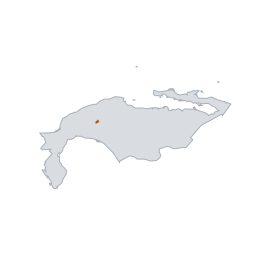 location of Jocotitlán, México, Mexico, rotated 131°
{"feature_id": "50627088B17395030274981", "entity_name": "Jocotitlán", "entity_type": "district", "adm_level": 2, "iso_a3": "MEX", "parent_name": "Mexico", "parent_adm1": "México", "projection": "robinson", "projection_center": [-99.823, 19.716], "detail": "fine", "context": "in_parent", "style": "filled", "palette": "amber", "viewbox_px": 256, "rotation_deg": 131, "n_neighbors": 0, "source": "geoboundaries", "source_scale": "gbopen_adm2", "svg_char_len": 4080}
<svg xmlns="http://www.w3.org/2000/svg" viewBox="0 0 256 256"><g transform="rotate(131 128 128)"><path d="M42.4,66.1L56.5,64.8L55.8,66.2L77.7,74.5L94.3,74.4L94.4,71.3L104.7,71.4L106.4,73.6L113.6,79.6L115.2,84.7L116.5,86.7L123.2,90.6L125.4,89.1L127.1,85.4L129.1,84.6L134.0,85.2L138.1,89.4L140.8,95.3L145.4,100.7L145.7,104.2L147.8,108.4L158.2,112.4L159.5,111.8L156.5,122.7L155.5,135.8L155.9,138.6L158.7,142.4L158.1,144.4L158.2,142.4L156.0,139.2L156.7,142.1L159.5,148.3L163.9,154.2L164.9,157.8L168.0,161.6L167.2,161.5L168.9,162.4L168.4,161.8L171.6,162.3L174.0,163.6L176.0,166.0L181.5,164.2L185.5,163.9L188.2,162.5L191.0,162.2L191.6,162.7L191.4,163.5L193.7,164.0L195.3,162.8L194.8,160.9L194.1,161.4L194.3,161.0L198.4,157.8L198.7,155.1L199.9,153.6L199.9,149.4L200.6,146.2L203.8,144.4L209.4,143.4L211.9,142.3L214.7,142.1L219.2,143.2L219.6,142.5L218.4,142.5L220.0,142.0L221.8,143.4L222.2,145.3L221.3,147.8L218.4,151.6L218.3,154.2L216.9,155.8L217.1,156.4L218.4,156.2L217.1,157.8L217.1,158.4L218.0,158.2L216.3,164.7L215.8,165.3L214.9,163.8L214.6,161.4L213.3,163.9L211.9,164.1L210.3,167.4L208.3,167.4L208.1,168.5L197.1,168.4L197.1,172.4L194.6,172.3L200.7,178.4L200.5,180.6L192.7,180.6L189.9,186.1L190.7,187.5L189.7,191.2L184.0,184.9L179.4,180.7L176.6,179.1L176.3,179.5L178.9,181.0L174.9,179.7L175.2,178.7L174.1,179.1L173.4,178.2L172.7,179.2L174.1,179.6L172.0,179.9L170.0,181.3L163.7,183.5L159.6,181.7L156.1,181.3L153.8,179.7L151.5,179.0L150.0,177.4L144.4,176.1L137.3,172.7L132.8,169.6L130.9,167.5L126.1,166.7L121.7,164.9L118.8,161.4L112.6,158.1L109.4,153.4L108.3,150.6L110.8,149.2L110.4,148.0L109.3,147.6L110.9,145.5L111.1,142.9L109.8,142.0L108.5,139.4L108.6,137.1L107.7,135.0L104.1,131.0L100.9,126.3L96.0,122.1L97.4,122.9L97.5,122.0L94.9,121.2L93.0,117.9L94.4,118.0L90.6,115.8L90.0,114.7L88.6,115.1L88.4,114.6L89.5,113.4L87.6,114.3L86.5,113.4L86.3,111.3L87.7,109.4L88.2,109.8L87.3,107.8L86.1,106.6L84.4,106.6L83.4,104.0L81.4,103.4L80.2,102.3L79.5,100.0L80.0,98.5L76.5,97.8L70.6,90.5L70.3,88.8L69.4,88.2L65.7,79.2L65.4,76.4L65.9,75.5L62.5,74.3L61.8,72.8L60.7,72.3L59.5,73.2L55.0,70.5L55.8,72.2L55.1,75.6L56.0,78.4L56.7,83.5L61.2,88.1L62.6,91.2L63.3,91.0L63.7,91.9L64.3,92.0L64.9,94.0L66.3,94.6L66.9,98.8L69.3,100.9L70.0,103.3L71.1,104.0L71.9,106.8L72.8,107.5L72.3,105.4L73.6,106.6L75.1,113.0L76.6,114.8L78.6,119.4L78.3,121.3L78.7,123.1L80.4,124.7L81.1,123.0L86.0,129.0L85.5,131.3L83.5,132.9L82.4,133.1L80.4,128.2L72.6,121.6L71.9,121.7L70.3,119.6L70.0,118.2L70.5,115.1L69.9,112.1L68.7,110.0L65.0,107.5L64.2,104.9L63.5,106.0L61.6,106.5L60.2,104.8L56.6,103.0L56.1,101.6L53.5,99.4L53.3,98.7L56.0,99.1L57.7,98.5L57.6,99.2L59.0,99.9L58.5,98.2L57.9,98.1L59.3,94.6L54.2,88.2L50.0,85.4L49.2,84.0L49.3,81.6L48.3,80.8L48.0,78.1L46.7,76.9L46.6,75.3L44.8,72.8L44.5,71.6L45.1,70.8L43.8,69.8L42.4,66.1ZM70.3,90.6L69.8,92.2L68.5,91.7L69.1,89.2L69.9,89.0L70.3,90.6ZM64.7,90.3L62.7,88.5L62.3,86.7L63.3,87.3L63.5,88.3L64.5,88.5L64.7,90.3ZM221.3,151.1L220.8,150.6L221.0,149.8L222.3,149.2L221.3,151.1ZM70.3,121.6L68.9,119.9L69.8,116.5L69.6,119.6L70.3,121.6ZM52.5,97.1L51.5,96.9L52.2,95.0L52.7,96.4L52.5,97.1ZM34.6,91.0L33.7,89.9L33.9,89.3L34.2,89.4L34.6,91.0ZM71.5,121.7L72.4,123.0L70.6,121.7L71.5,121.7ZM103.4,142.1L103.2,142.6L102.7,142.4L102.5,141.4L103.4,142.1ZM79.2,118.2L79.5,119.2L78.5,117.9L79.2,118.2ZM75.8,111.2L76.3,111.7L75.5,112.7L75.8,111.2ZM76.5,162.0L76.1,162.2L75.6,161.7L76.0,161.2L76.5,162.0ZM193.0,162.2L192.0,162.5L193.7,161.9L193.0,162.2ZM83.8,124.2L83.3,124.0L83.3,123.0L83.8,124.2Z" fill="#d9dde1" stroke="#a8b0b8" stroke-width="1"/><path d="M142.7,154.5L142.5,154.9L142.4,154.9L142.4,155.1L142.5,155.0L142.8,155.1L143.0,155.1L142.9,155.1L143.1,155.2L143.3,155.1L143.4,155.3L143.5,155.3L143.4,155.4L143.5,155.4L143.5,155.5L143.6,155.8L143.8,155.9L144.0,155.8L144.1,155.7L144.3,155.6L144.2,155.6L144.3,155.6L144.3,155.4L144.5,155.4L144.4,155.3L144.5,155.3L144.5,155.2L144.4,155.2L144.2,155.1L143.9,155.1L143.7,155.1L143.4,155.0L143.4,154.9L143.4,155.0L143.3,154.9L143.2,154.9L143.0,154.7L142.9,154.6L142.7,154.7L142.7,154.5Z" fill="#f59e0b" stroke="#b45309" stroke-width="1.5"/></g></svg>